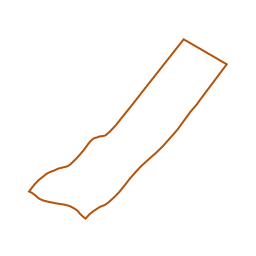 Thamud, Hadramawt, Yemen (Natural Earth projection), rotated 37°
{"feature_id": "15242507B77315063878707", "entity_name": "Thamud", "entity_type": "district", "adm_level": 2, "iso_a3": "YEM", "parent_name": "Yemen", "parent_adm1": "Hadramawt", "projection": "natural_earth1", "projection_center": [49.684, 17.639], "detail": "fine", "context": "isolated", "style": "outline", "palette": "amber", "viewbox_px": 256, "rotation_deg": 37, "n_neighbors": 0, "source": "geoboundaries", "source_scale": "gbopen_adm2", "svg_char_len": 4538}
<svg xmlns="http://www.w3.org/2000/svg" viewBox="0 0 256 256"><g transform="rotate(37 128 128)"><path d="M168.5,17.7L168.1,17.7L166.1,18.0L163.6,18.3L161.1,18.6L158.8,18.9L156.4,19.1L154.4,19.4L152.2,19.6L149.9,19.9L148.0,20.2L145.4,20.5L143.3,20.7L140.6,21.1L138.2,21.3L136.0,21.6L133.6,21.9L131.3,22.2L129.2,22.4L127.0,22.7L125.2,22.9L122.7,23.2L120.7,23.5L119.1,23.7L117.7,87.4L117.6,91.6L117.6,96.2L117.5,98.8L117.4,105.5L116.8,124.9L116.6,133.5L115.6,142.3L115.4,142.9L115.4,143.0L115.2,143.7L115.2,144.1L115.1,144.4L115.0,145.1L114.9,145.9L114.8,146.2L114.7,146.6L114.5,147.2L114.1,148.0L113.7,148.5L113.3,148.9L112.9,149.4L112.4,149.9L111.9,150.3L111.5,150.7L111.0,151.2L111.0,151.3L110.9,151.3L110.5,151.7L110.2,152.2L110.0,152.5L109.8,152.8L109.4,153.5L109.2,153.7L108.9,154.2L108.7,154.4L108.4,154.8L108.0,155.2L107.9,155.3L107.7,155.7L107.6,155.9L107.2,156.4L107.0,156.8L107.0,157.0L106.7,157.7L106.4,158.4L106.3,159.0L106.3,159.4L106.2,159.7L106.2,159.9L106.1,160.5L106.0,161.1L106.0,161.3L105.9,162.1L105.9,162.9L105.8,163.7L105.8,164.4L105.8,165.2L105.8,166.0L105.9,166.4L105.9,166.7L105.9,167.5L105.9,168.3L105.9,169.1L105.9,169.9L105.9,170.1L105.9,170.8L105.9,171.6L105.9,172.1L105.9,172.3L105.9,173.2L105.9,173.3L105.9,173.9L105.8,174.6L105.8,174.9L105.8,175.3L105.7,175.9L105.7,176.0L105.7,176.8L105.6,177.5L105.6,178.0L105.6,178.3L105.5,179.0L105.5,179.7L105.4,180.4L105.4,180.5L105.3,181.3L105.3,181.7L105.3,182.0L105.2,182.3L105.2,182.8L105.1,183.3L105.1,183.6L105.0,183.8L105.0,184.3L104.9,184.7L104.9,184.9L104.8,185.6L104.7,186.3L104.6,186.8L104.5,187.3L104.5,187.9L104.4,188.6L104.3,189.0L104.2,189.4L104.2,190.0L104.0,190.7L104.0,190.8L103.8,191.5L103.7,192.2L103.6,192.6L103.5,192.9L103.3,193.6L103.0,194.3L102.7,195.0L102.3,195.6L102.0,195.9L101.9,196.1L101.4,196.7L100.8,197.3L100.2,198.0L99.6,198.9L99.4,199.1L99.1,199.5L98.9,199.8L98.5,200.2L97.9,200.9L97.4,201.5L97.0,202.0L96.7,202.6L96.4,203.0L96.3,203.3L95.9,203.9L95.8,204.1L95.6,204.5L95.3,205.1L95.2,205.4L95.0,205.7L94.8,206.0L94.7,206.3L94.4,206.8L94.3,207.0L93.9,207.5L93.7,207.9L93.5,208.1L93.1,208.7L92.8,209.3L92.5,209.7L92.4,209.9L92.0,210.6L91.6,211.3L91.4,211.7L91.3,211.9L91.0,212.4L90.8,213.1L90.5,213.8L90.3,214.4L90.1,215.0L89.9,215.9L89.8,216.5L89.6,217.2L89.5,217.8L89.4,218.0L89.3,218.5L89.1,219.2L89.0,219.6L88.9,220.0L88.7,220.6L88.5,221.4L88.4,221.9L88.3,222.1L88.2,222.8L88.0,223.4L87.9,224.2L87.8,225.1L87.7,225.5L87.6,226.4L87.5,227.0L87.4,228.0L87.4,228.7L87.3,229.4L87.3,230.2L87.3,230.3L87.3,230.8L87.3,231.5L87.2,232.3L87.2,232.9L87.2,233.3L87.2,233.6L87.2,234.4L87.3,235.3L87.2,236.1L87.2,236.5L87.2,237.0L87.2,237.3L87.3,237.6L87.2,238.3L87.4,238.3L87.6,238.2L87.9,238.1L88.7,237.9L89.0,237.9L89.3,237.8L89.8,237.7L90.0,237.7L90.7,237.6L91.3,237.6L92.1,237.6L92.4,237.6L92.6,237.6L93.4,237.6L94.0,237.6L94.7,237.6L95.2,237.6L95.4,237.6L95.9,237.7L96.6,237.8L97.2,237.9L97.5,237.9L97.8,237.9L98.3,237.9L98.5,237.9L99.0,237.9L99.5,237.9L100.1,237.8L100.7,237.7L101.1,237.6L101.3,237.6L102.0,237.4L102.6,237.2L103.2,237.1L103.9,236.8L104.5,236.7L105.2,236.4L105.5,236.3L105.8,236.1L106.0,236.1L106.4,235.9L106.7,235.8L107.1,235.6L107.7,235.3L107.9,235.3L108.6,234.9L109.2,234.7L109.4,234.6L109.8,234.4L110.6,234.0L111.2,233.7L111.5,233.6L111.8,233.4L112.2,233.2L112.6,233.0L113.1,232.8L113.2,232.7L113.8,232.5L114.5,232.2L115.2,231.8L115.4,231.7L115.9,231.5L116.2,231.3L116.6,231.1L116.9,230.9L117.4,230.6L117.9,230.4L118.3,230.2L119.0,229.8L119.2,229.7L119.8,229.4L120.3,229.1L120.9,228.8L121.5,228.5L122.1,228.1L122.3,228.1L122.8,227.8L123.2,227.6L123.4,227.5L124.0,227.2L124.7,226.9L125.4,226.6L126.2,226.3L126.4,226.2L127.0,226.0L127.7,225.7L128.4,225.5L128.9,225.3L129.7,225.2L130.3,225.1L130.9,225.0L131.5,224.9L132.2,224.8L133.0,224.7L133.4,224.6L133.9,224.6L134.0,224.6L135.0,224.5L135.9,224.5L136.3,224.5L136.7,224.5L137.2,224.5L137.4,224.5L138.0,224.6L138.7,224.7L138.9,224.7L139.3,224.8L140.0,225.1L140.6,225.2L141.3,225.4L141.5,225.4L142.1,225.5L142.5,225.5L142.8,225.6L143.0,225.6L143.5,225.6L144.2,225.7L144.9,225.8L145.5,225.9L146.2,225.9L146.7,225.9L147.1,225.9L147.6,225.9L147.8,225.9L148.0,225.9L148.6,225.9L149.2,219.6L149.5,218.6L150.6,214.7L153.0,208.0L155.8,203.4L156.2,202.2L157.1,199.4L158.3,193.2L158.7,191.3L159.5,184.6L159.9,173.8L159.9,167.9L160.7,157.3L161.3,151.9L161.5,150.2L163.3,141.0L163.5,139.9L165.5,130.2L166.2,125.4L166.9,120.4L168.2,103.5L168.5,99.3L168.3,89.9L168.1,77.3L168.3,74.4L168.7,68.6L168.8,68.0L168.6,62.5L168.5,17.7Z" fill="none" stroke="#b45309" stroke-width="2"/></g></svg>